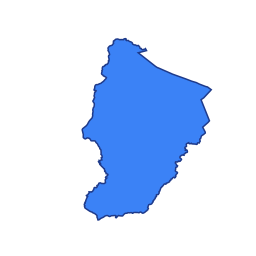 outline of Shinyalu, Western, Kenya, rotated 316°
{"feature_id": "3690345B96442316049931", "entity_name": "Shinyalu", "entity_type": "district", "adm_level": 2, "iso_a3": "KEN", "parent_name": "Kenya", "parent_adm1": "Western", "projection": "orthographic", "projection_center": [34.839, 0.289], "detail": "fine", "context": "isolated", "style": "filled", "palette": "blue", "viewbox_px": 256, "rotation_deg": 316, "n_neighbors": 0, "source": "geoboundaries", "source_scale": "gbopen_adm2", "svg_char_len": 5812}
<svg xmlns="http://www.w3.org/2000/svg" viewBox="0 0 256 256"><g transform="rotate(316 128 128)"><path d="M206.3,138.5L203.7,132.9L197.5,120.3L192.0,106.9L191.5,105.7L191.1,105.0L190.6,102.8L187.6,81.0L195.1,85.2L195.7,83.0L195.0,83.0L192.6,81.6L192.5,81.0L192.7,79.9L192.3,79.6L192.1,79.0L192.4,78.4L192.7,77.9L192.8,75.8L191.6,75.0L191.3,74.5L191.3,74.0L191.1,73.5L190.3,72.7L189.7,71.2L189.8,70.4L190.2,69.8L190.2,69.0L189.9,68.1L189.1,66.6L189.0,65.2L187.7,64.1L187.6,63.5L187.8,63.0L188.3,62.9L188.5,62.3L188.1,61.8L187.5,61.4L186.7,61.1L186.2,61.4L185.8,61.1L185.3,60.4L184.8,59.9L184.2,59.6L183.8,58.9L183.2,58.5L182.6,57.1L182.0,56.4L181.3,56.0L180.7,55.6L179.1,55.6L178.3,55.4L177.8,55.4L177.7,55.9L176.6,56.5L176.4,57.1L174.0,57.4L171.8,56.3L170.7,56.3L169.9,56.4L169.1,56.6L168.2,58.0L167.5,58.3L166.9,60.5L166.6,60.9L166.0,62.2L165.3,62.6L164.6,62.4L164.0,62.7L163.5,63.2L163.3,63.7L162.9,64.0L162.4,65.2L162.0,65.4L161.6,66.0L161.0,66.1L160.5,66.1L160.3,66.8L159.8,66.9L158.7,67.6L157.0,67.7L156.7,67.2L156.2,67.0L155.4,66.9L155.0,67.2L154.5,66.8L153.8,67.0L153.2,66.9L152.6,66.4L151.7,66.6L150.5,67.6L150.4,68.1L149.8,68.4L149.0,68.6L148.7,69.2L146.8,70.4L146.5,71.0L146.5,71.7L146.7,72.6L146.5,73.2L146.8,73.8L146.7,74.3L147.0,74.7L147.4,76.0L147.4,76.9L146.2,77.2L144.9,77.2L142.8,77.4L140.8,77.1L139.4,77.0L138.1,76.3L136.4,75.8L135.5,74.9L134.8,74.6L134.1,74.6L133.1,75.0L131.4,76.4L130.7,76.6L130.0,77.0L129.9,77.7L130.9,78.5L130.9,79.1L129.5,79.4L128.8,79.3L128.2,79.6L127.2,80.6L126.0,81.2L125.7,81.6L125.3,82.7L124.9,83.1L124.2,83.1L123.2,83.8L122.5,83.9L121.8,84.0L121.2,84.6L120.8,86.9L120.4,87.4L118.8,88.8L118.1,89.2L117.2,89.3L115.7,90.2L115.0,90.8L114.4,91.8L112.0,93.5L111.7,94.1L111.0,94.7L109.8,95.5L109.1,95.8L105.6,96.0L104.6,96.2L103.7,96.4L101.4,97.2L100.6,97.3L99.4,97.4L94.9,97.0L94.0,97.3L93.5,97.9L91.3,101.7L90.1,102.8L89.2,103.8L89.3,105.2L89.6,106.1L90.1,106.4L90.8,106.5L91.7,106.8L92.3,107.4L93.1,108.9L92.6,111.5L93.1,112.2L93.7,112.7L95.1,114.1L95.3,114.9L94.9,116.2L95.0,118.1L94.3,120.2L94.1,121.0L94.2,121.6L93.7,122.9L93.3,123.3L93.4,124.5L93.1,125.2L91.7,126.8L91.4,127.3L90.2,128.2L90.3,128.8L90.2,129.5L89.4,130.8L88.9,131.2L88.2,130.8L87.9,131.4L87.4,131.7L87.3,132.4L87.0,132.8L86.4,132.3L85.6,132.2L84.8,131.4L84.6,132.2L83.5,131.6L83.2,132.2L83.7,133.8L83.7,134.3L83.4,134.8L83.0,134.6L82.7,134.1L82.4,134.7L82.5,135.4L82.4,137.2L82.5,138.9L82.4,140.3L82.7,140.9L81.9,141.9L81.7,142.9L81.1,143.1L81.3,144.5L80.8,145.1L80.5,145.8L81.0,146.2L81.1,146.7L81.3,147.3L81.0,147.8L80.2,147.8L79.4,148.0L78.7,147.7L78.0,147.8L77.4,148.0L77.3,148.7L77.7,149.2L77.0,149.1L76.5,149.4L75.5,149.5L73.8,151.7L73.1,151.5L72.5,151.5L71.8,151.0L71.4,150.4L70.7,149.9L70.3,149.2L70.2,148.5L69.4,147.8L68.6,147.5L67.0,148.3L66.5,148.0L65.7,147.8L65.3,148.2L65.2,148.8L64.0,149.0L63.5,148.7L63.2,148.1L62.7,147.6L62.1,147.5L60.3,148.6L59.7,148.5L59.2,148.8L58.7,148.9L57.4,148.8L57.2,148.3L56.6,147.9L55.8,147.0L55.6,147.7L55.1,147.8L54.4,147.5L53.8,147.8L52.9,148.1L51.2,147.6L51.0,148.1L51.3,148.7L51.4,149.2L49.5,149.8L48.8,150.2L47.5,150.7L46.5,151.4L45.3,151.6L45.3,152.1L44.7,152.4L44.1,152.3L43.6,152.5L43.1,153.0L42.9,154.1L42.3,154.1L41.8,155.0L41.5,155.8L42.3,159.6L42.8,161.7L43.8,163.8L43.8,164.6L44.2,165.4L44.6,166.4L44.8,167.7L44.9,169.2L44.7,169.7L43.8,170.5L43.2,172.1L42.5,173.2L43.1,173.8L44.3,174.1L45.0,174.0L45.6,174.1L48.4,175.1L50.5,175.4L51.5,175.9L52.5,176.8L53.1,178.7L53.8,179.2L55.0,179.5L58.1,182.1L58.4,182.7L57.9,183.2L57.3,183.4L56.9,183.8L57.2,184.4L59.5,184.3L60.5,184.4L61.1,185.5L62.2,186.7L62.5,187.1L63.1,187.5L64.9,187.3L66.1,187.3L66.7,187.5L68.3,188.7L69.1,188.8L70.3,190.2L71.0,190.6L71.9,191.5L71.9,192.3L72.3,192.7L73.0,192.7L73.6,192.9L74.8,194.0L75.1,194.4L76.0,195.2L76.7,196.2L77.2,196.7L78.4,196.9L78.9,197.5L79.1,198.8L79.3,199.4L80.0,199.9L81.4,200.3L83.4,200.4L83.9,200.6L84.9,200.4L85.5,200.6L86.0,200.2L86.8,200.0L87.0,199.3L87.1,198.7L87.8,198.5L89.5,197.6L90.6,198.0L91.0,198.5L91.5,198.8L92.8,199.0L94.0,198.5L94.8,198.6L95.2,197.9L96.0,198.0L96.6,197.9L97.1,197.6L98.2,197.7L99.0,197.4L99.6,196.8L100.2,196.9L100.7,197.1L101.1,196.9L101.8,195.9L102.6,196.0L103.1,196.6L103.6,196.8L105.0,196.5L105.5,196.2L105.8,195.6L106.4,195.3L107.3,195.4L107.8,195.0L110.3,193.8L111.1,194.0L111.8,193.7L112.4,193.9L115.0,193.5L115.6,193.8L115.9,194.4L116.6,194.7L117.2,194.3L118.4,195.0L119.1,195.1L120.3,195.5L121.0,195.4L121.6,194.9L122.4,195.2L122.9,195.2L123.5,194.7L124.4,195.2L125.5,194.9L126.6,195.2L127.1,195.7L127.0,196.3L127.7,196.4L128.9,196.0L129.1,195.3L129.8,195.2L130.4,194.8L131.8,194.9L132.5,194.6L132.7,193.8L132.3,193.2L132.2,191.9L132.5,191.5L133.7,190.7L134.5,189.9L135.0,189.5L136.0,190.0L136.7,190.0L137.4,189.6L137.2,189.1L137.0,188.5L137.5,188.0L137.7,186.1L138.4,185.5L139.1,185.6L139.3,186.2L139.8,186.7L141.3,186.9L141.4,187.5L142.0,187.6L142.4,188.1L144.5,187.9L144.8,187.5L144.8,186.1L144.6,185.5L145.1,185.0L145.8,184.6L146.3,184.8L147.0,184.7L147.7,184.9L148.3,185.2L149.3,186.4L149.6,185.7L151.0,186.0L152.2,185.8L153.3,186.5L153.9,186.6L154.5,186.1L155.0,185.1L155.0,184.6L154.6,184.2L153.9,184.1L153.8,183.6L154.6,183.4L155.0,182.7L154.9,181.9L155.5,181.5L156.2,181.5L157.2,181.9L157.8,181.3L158.2,180.5L159.1,180.0L161.5,180.7L161.1,181.5L161.5,182.3L162.3,182.8L162.9,182.9L162.9,183.7L163.2,184.2L163.8,184.5L164.1,185.2L165.0,186.0L165.4,186.5L165.6,187.1L166.2,187.6L166.8,187.6L167.3,187.1L167.9,187.1L168.9,188.3L170.1,187.7L170.7,187.7L171.0,187.3L171.2,186.8L171.5,186.2L172.2,185.8L172.8,186.1L175.3,184.7L177.2,185.0L177.8,185.2L179.1,185.2L180.1,185.3L180.7,184.6L182.3,179.3L189.3,179.6L191.6,179.4L200.2,158.4L203.5,158.9L211.2,158.5L212.1,158.5L214.5,158.3L213.7,153.7L212.7,152.1L209.9,146.1L208.7,142.8L206.3,138.5Z" fill="#3b82f6" stroke="#1e3a8a" stroke-width="1.5"/></g></svg>